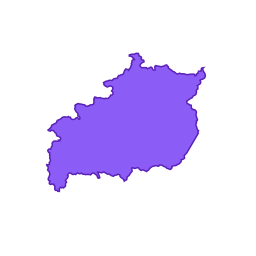 Eldorado, São Paulo, Brazil, rotated 36°
{"feature_id": "56859067B14328004408420", "entity_name": "Eldorado", "entity_type": "district", "adm_level": 2, "iso_a3": "BRA", "parent_name": "Brazil", "parent_adm1": "São Paulo", "projection": "albers", "projection_center": [-48.263, -24.501], "detail": "fine", "context": "isolated", "style": "filled", "palette": "violet", "viewbox_px": 256, "rotation_deg": 36, "n_neighbors": 0, "source": "geoboundaries", "source_scale": "gbopen_adm2", "svg_char_len": 5764}
<svg xmlns="http://www.w3.org/2000/svg" viewBox="0 0 256 256"><g transform="rotate(36 128 128)"><path d="M109.7,219.7L109.0,218.4L108.0,217.4L108.3,215.7L109.6,215.4L109.8,214.5L111.1,214.3L111.2,213.2L111.6,212.4L111.4,211.5L110.3,210.0L110.0,208.9L110.2,208.0L109.3,207.5L108.4,207.5L108.1,205.6L108.5,204.2L107.8,201.9L106.6,201.6L106.7,199.7L107.3,198.6L108.6,198.1L109.9,198.3L110.8,198.0L111.6,197.0L113.1,196.3L113.4,194.0L115.7,193.6L116.3,192.9L116.6,192.0L118.7,191.9L119.5,191.3L120.8,190.8L122.9,189.1L124.4,188.2L125.3,187.9L125.4,186.8L125.7,185.4L126.3,184.9L127.7,184.4L128.9,184.7L129.9,184.5L130.8,184.7L131.5,185.2L132.7,186.1L133.9,185.9L134.4,184.8L131.7,182.8L129.4,181.6L131.4,180.4L132.6,180.0L133.6,179.0L134.1,178.0L134.8,177.7L135.7,177.7L136.6,177.5L137.6,177.5L138.5,177.4L139.6,176.4L140.6,176.5L141.4,176.2L142.2,176.3L143.1,176.1L144.5,175.7L145.0,174.3L145.7,173.3L146.6,172.6L146.9,171.4L148.0,170.9L149.0,170.8L149.9,171.7L150.8,172.1L154.5,172.1L156.2,173.2L156.4,172.3L157.0,171.5L157.3,170.4L156.1,168.3L156.4,166.9L156.8,165.6L156.6,162.7L156.8,160.6L155.7,159.4L155.0,158.8L154.6,157.8L156.1,157.1L157.1,156.9L159.1,154.4L160.4,154.1L161.7,154.7L163.6,154.6L164.1,153.5L165.0,153.0L167.8,152.4L168.6,152.3L169.0,151.0L169.4,149.4L169.4,148.0L169.6,146.7L169.9,145.7L170.6,144.5L171.9,142.9L172.8,141.9L174.3,141.5L175.3,140.8L175.0,139.8L175.9,139.1L176.8,138.2L178.9,138.1L180.2,137.9L181.7,137.4L182.8,137.8L183.8,137.5L184.8,137.1L185.6,137.1L186.5,136.7L186.9,135.9L187.0,134.3L186.1,133.1L187.7,131.0L188.4,130.7L189.2,129.6L189.5,128.2L190.4,127.1L190.6,125.7L190.8,124.5L190.6,123.7L189.7,122.4L190.7,121.2L191.2,120.3L191.5,119.2L190.7,118.4L189.7,117.1L190.2,113.8L188.1,92.2L188.0,91.0L187.2,90.7L186.6,88.7L185.8,88.8L185.0,88.4L183.4,87.3L182.7,86.7L181.7,86.1L180.7,85.1L180.5,84.0L180.0,83.1L179.2,82.3L179.6,81.5L179.4,80.5L178.6,79.9L177.6,79.3L175.0,77.2L174.7,76.4L174.4,75.5L173.8,74.7L173.0,74.3L172.1,74.0L170.9,74.1L170.1,74.9L169.2,74.6L168.4,75.0L167.5,74.5L166.7,73.4L165.6,72.4L164.8,73.1L163.9,72.9L161.4,73.4L159.8,71.9L160.2,70.7L160.4,69.6L160.9,68.5L161.2,67.3L162.0,66.1L162.1,65.1L161.9,63.9L162.2,63.0L162.9,62.0L163.2,60.9L162.8,59.9L162.2,58.5L161.2,57.7L161.2,56.3L161.6,55.3L160.9,54.5L160.3,53.5L159.2,53.0L160.4,49.8L160.1,48.5L159.3,47.6L158.2,47.1L158.7,45.7L159.5,45.0L160.4,43.1L160.4,41.5L159.6,39.8L158.6,39.1L157.8,38.6L156.0,37.9L155.2,37.5L154.3,36.8L153.4,36.0L153.6,34.9L152.6,35.9L152.4,36.8L153.1,37.9L153.5,39.3L152.5,39.9L151.7,40.5L152.0,42.0L152.3,42.8L151.6,44.3L152.2,45.2L151.7,46.3L150.8,45.9L149.7,45.6L147.5,47.4L146.3,48.2L145.6,49.1L144.5,50.2L142.0,51.0L139.0,52.9L137.5,53.4L136.9,54.2L136.5,55.2L135.4,55.6L132.8,55.4L131.8,55.5L131.0,56.0L130.2,55.9L129.3,55.5L128.5,55.9L126.8,55.6L125.9,55.8L125.0,55.5L124.6,54.7L123.3,54.7L122.3,54.2L121.1,55.5L120.7,56.6L120.2,57.3L119.5,58.0L119.1,58.8L118.0,59.3L116.6,59.9L115.6,60.5L113.9,61.1L113.5,62.3L114.0,63.4L115.1,64.1L115.8,65.3L115.0,65.9L113.8,66.2L112.4,65.3L111.2,65.1L110.4,65.6L110.2,66.8L109.4,67.5L108.8,68.7L107.3,68.4L106.1,69.3L105.3,69.8L104.1,70.9L103.1,71.2L101.7,70.9L100.9,70.5L100.7,69.6L100.7,68.3L101.1,66.8L101.5,65.9L102.1,65.3L101.4,64.2L100.4,64.1L99.4,64.6L98.1,64.6L97.8,63.5L97.1,62.8L96.1,62.7L95.3,63.1L94.4,63.1L93.7,62.3L92.5,61.6L91.2,62.4L90.5,63.1L89.5,64.8L88.7,65.2L88.0,66.0L87.1,66.6L86.7,67.4L86.1,68.2L86.8,69.1L87.6,68.5L89.4,68.1L90.2,68.1L91.1,68.6L92.1,68.5L93.0,68.9L92.4,69.6L91.8,70.2L91.7,71.6L92.6,72.4L92.9,74.2L93.8,74.7L94.0,76.1L94.6,78.0L94.3,79.6L94.7,80.9L93.8,80.8L91.5,81.5L91.5,83.8L92.1,85.6L92.3,87.0L92.0,88.3L91.0,89.2L90.6,90.3L89.6,91.0L89.7,92.8L89.9,94.4L88.7,95.3L87.7,96.3L87.3,97.6L87.3,98.9L86.2,99.4L85.3,100.0L84.5,100.8L83.9,101.9L82.7,103.1L81.5,105.7L82.5,106.2L83.0,107.1L84.6,107.3L86.2,107.3L87.5,106.7L88.0,105.4L89.1,104.3L90.7,103.9L91.9,104.0L92.6,105.2L93.0,106.4L92.9,107.6L93.6,107.9L94.9,107.9L95.5,108.8L95.9,109.9L95.5,110.9L94.6,111.6L95.0,113.3L94.7,114.5L94.6,115.5L93.9,116.3L92.2,117.2L91.8,118.1L90.9,118.6L89.8,119.0L88.9,119.6L87.7,119.7L85.1,122.0L84.0,121.9L82.9,122.5L83.0,123.4L83.8,123.9L83.3,124.6L84.2,125.7L85.1,126.9L86.1,128.7L85.6,129.8L84.7,130.9L83.7,131.7L83.5,132.7L82.7,133.6L82.3,134.4L81.3,135.1L80.1,134.8L79.0,134.8L78.2,135.4L77.2,135.9L76.2,136.0L75.5,136.6L74.4,137.1L73.4,137.4L72.7,138.3L72.5,139.4L71.9,139.9L71.8,141.0L72.7,141.5L73.1,142.7L73.9,144.0L74.8,144.5L75.5,144.9L77.0,145.4L77.9,145.4L78.9,145.8L79.6,146.4L79.9,147.2L80.6,147.7L81.6,147.3L83.1,147.9L83.7,149.2L83.0,149.8L81.9,149.3L80.7,149.4L80.1,150.2L79.9,151.7L79.2,152.8L78.2,153.6L77.3,154.0L76.1,154.0L75.2,153.1L74.1,153.7L73.1,153.7L72.6,154.7L71.7,155.5L70.4,156.0L69.3,157.0L68.4,158.6L68.4,159.5L68.1,160.6L66.3,163.5L66.6,164.7L66.9,165.6L66.7,166.6L65.6,168.6L65.2,169.6L64.7,170.5L64.9,171.5L65.4,172.3L65.2,173.3L65.1,174.4L64.5,176.7L66.0,176.7L67.2,176.0L67.3,174.8L69.1,174.0L70.0,174.1L71.4,174.6L73.0,174.6L74.4,175.8L75.5,176.2L76.2,175.7L77.2,175.6L78.1,175.4L79.5,175.7L80.1,176.9L79.9,177.7L79.2,178.4L80.1,178.5L78.7,180.2L77.5,180.8L76.5,181.5L75.5,182.6L75.5,184.9L77.1,186.6L77.1,187.6L77.2,188.5L77.7,189.5L77.8,190.7L77.0,191.0L76.3,191.8L76.2,193.3L77.4,194.1L78.3,194.5L79.3,194.1L80.0,195.0L80.4,196.0L81.3,196.6L82.5,198.6L83.6,199.0L84.6,200.1L84.6,201.0L84.6,202.3L85.8,203.6L85.1,204.7L83.8,205.4L84.5,206.1L86.1,206.3L87.2,207.5L87.4,208.9L88.2,209.5L89.5,209.4L91.4,210.8L92.2,211.9L92.8,213.9L93.1,215.6L93.8,216.6L94.8,217.1L96.1,216.8L96.4,218.2L97.0,219.2L97.8,219.4L98.7,219.1L99.3,218.0L100.4,217.7L101.1,217.1L101.8,217.8L103.4,218.2L103.9,219.4L104.9,220.7L105.9,221.1L107.4,220.2L108.4,220.4L109.7,219.7Z" fill="#8b5cf6" stroke="#5b21b6" stroke-width="1.5"/></g></svg>